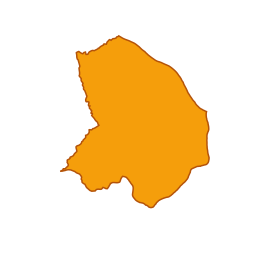 Xienghone, Xaignabouri, Laos (Mercator projection), rotated 125°
{"feature_id": "54806243B61496088664088", "entity_name": "Xienghone", "entity_type": "district", "adm_level": 2, "iso_a3": "LAO", "parent_name": "Laos", "parent_adm1": "Xaignabouri", "projection": "mercator", "projection_center": [100.862, 19.697], "detail": "fine", "context": "isolated", "style": "filled", "palette": "amber", "viewbox_px": 256, "rotation_deg": 125, "n_neighbors": 0, "source": "geoboundaries", "source_scale": "gbopen_adm2", "svg_char_len": 5740}
<svg xmlns="http://www.w3.org/2000/svg" viewBox="0 0 256 256"><g transform="rotate(125 128 128)"><path d="M57.8,188.4L58.6,188.5L59.7,189.4L60.6,189.5L61.2,189.4L62.4,190.3L63.5,191.6L65.3,192.1L65.9,192.2L66.0,193.6L67.0,194.1L68.5,194.2L69.7,194.4L71.7,193.8L72.8,195.7L73.2,196.0L73.6,196.0L74.1,195.7L76.2,196.8L77.3,197.3L79.2,197.5L79.6,198.1L80.5,198.1L84.0,200.0L84.7,201.4L85.2,201.9L86.5,202.7L88.1,203.4L90.2,203.3L90.7,203.2L91.6,204.3L91.8,204.6L90.7,205.9L90.2,206.4L91.4,207.4L93.1,207.6L93.5,209.0L93.6,210.9L93.5,212.2L95.0,213.2L96.0,213.5L97.6,211.9L99.4,210.5L100.2,209.6L100.7,208.9L100.7,208.1L103.3,204.9L104.9,203.0L105.7,202.6L107.0,202.5L108.5,201.2L110.2,199.6L111.9,198.4L113.3,197.9L114.4,194.6L115.7,193.9L116.5,192.7L116.7,191.8L117.1,190.8L117.5,190.3L118.2,190.3L119.0,189.9L119.8,188.2L120.1,187.7L121.2,187.1L121.8,186.5L122.1,185.0L123.2,183.3L123.9,182.2L124.9,181.0L125.3,180.1L125.6,179.9L126.4,179.6L127.6,179.4L129.1,178.9L130.1,178.1L130.4,177.3L130.1,176.6L129.5,176.0L129.3,175.4L129.3,174.8L130.0,174.4L131.9,173.6L132.4,172.9L131.9,171.8L132.5,171.8L133.1,171.6L134.0,170.8L134.2,169.0L134.6,168.6L134.8,168.2L134.8,167.5L136.3,167.1L137.0,166.9L137.1,166.5L136.5,165.8L136.6,165.5L137.0,165.1L138.6,164.9L139.5,161.2L140.5,158.8L140.7,156.7L141.1,155.8L142.0,154.8L142.4,153.4L143.5,153.7L146.4,154.9L148.0,155.7L148.6,156.4L150.3,156.7L150.8,157.3L151.3,158.4L151.8,158.8L153.0,157.9L153.8,157.3L155.8,157.2L157.0,157.5L158.3,158.5L159.9,157.3L160.5,157.2L163.5,157.8L164.5,157.5L165.8,158.0L167.2,157.5L168.5,157.6L170.3,158.3L171.8,159.5L173.1,159.8L174.0,159.2L175.2,157.8L176.3,156.6L176.8,156.5L179.8,157.1L181.9,156.9L182.5,157.1L183.5,157.6L184.8,158.5L185.2,158.6L186.0,158.4L186.2,158.1L186.8,158.2L188.9,159.3L189.3,159.3L189.9,158.7L191.0,158.2L192.1,156.1L192.7,155.6L193.4,155.4L194.6,155.6L195.8,155.9L196.9,156.0L197.4,156.1L198.5,157.6L198.9,157.6L199.5,157.3L200.0,157.5L200.8,157.8L202.3,158.7L202.0,158.2L201.7,157.9L201.3,157.5L201.0,157.1L200.6,156.7L200.1,156.3L199.4,155.6L198.6,154.9L197.7,154.3L196.7,153.3L196.3,152.8L196.0,152.3L195.2,150.9L195.0,150.0L194.7,148.8L194.4,147.5L194.2,146.6L194.2,145.5L194.3,144.6L193.5,141.2L194.0,139.5L194.8,137.8L196.7,137.0L197.3,135.7L198.6,134.7L198.9,134.2L199.0,132.3L198.8,131.0L199.7,129.4L200.5,127.8L201.0,123.4L200.6,121.5L198.4,118.8L196.5,118.6L195.3,117.5L194.1,115.5L193.2,114.6L191.0,114.4L190.6,113.0L190.3,111.2L189.5,110.1L188.6,110.1L187.5,110.1L185.4,110.3L184.1,110.4L183.5,110.6L183.2,110.2L182.5,110.0L181.4,109.2L180.7,108.2L180.1,107.2L179.6,106.3L178.8,105.2L177.9,104.3L177.0,103.8L176.2,103.9L174.9,104.3L173.7,104.7L171.8,104.8L171.1,104.7L170.7,104.7L169.9,103.0L169.5,101.7L169.4,100.8L169.8,99.2L170.2,97.5L170.6,96.9L171.0,95.5L171.4,94.6L171.9,93.1L172.4,91.5L172.8,90.7L173.7,89.7L174.8,88.9L175.8,88.3L177.1,87.6L178.9,86.7L179.5,86.4L180.3,85.9L181.0,85.1L181.4,84.3L181.7,83.8L182.1,82.3L182.6,80.7L182.7,79.8L182.7,78.3L182.5,77.0L182.3,75.6L181.8,74.7L181.5,73.9L181.1,73.1L180.8,71.7L180.8,70.6L180.9,70.0L181.0,69.2L180.8,69.0L180.7,68.7L180.6,68.1L180.5,67.2L180.6,66.7L180.8,65.7L180.6,64.9L180.4,64.2L179.9,63.4L179.5,63.0L179.2,62.7L178.8,62.4L178.4,62.1L178.0,62.0L177.2,61.9L176.5,61.9L175.9,61.9L175.2,61.9L174.3,61.7L174.0,61.6L173.9,61.7L173.7,61.7L173.2,61.8L172.6,61.8L171.9,61.6L171.2,61.4L170.0,61.3L169.3,60.9L168.3,60.5L166.4,59.4L165.8,59.0L164.7,58.3L164.4,58.0L163.8,57.6L163.3,57.2L162.6,56.6L161.7,55.7L161.0,55.1L160.0,54.7L159.3,54.4L158.5,54.1L157.1,53.8L156.7,53.6L155.7,53.5L155.1,53.4L154.5,53.2L153.9,53.0L153.4,52.9L152.8,52.7L152.4,52.7L151.7,52.6L151.3,52.5L150.9,52.3L150.5,52.2L150.3,52.2L150.1,52.1L149.8,52.1L148.9,52.1L148.2,52.0L146.7,51.8L146.1,51.9L145.5,51.8L145.1,51.8L144.1,51.5L143.6,51.4L143.0,51.3L142.4,51.2L141.7,51.1L141.1,50.9L140.3,50.7L139.5,50.5L138.7,50.4L138.1,50.4L137.7,50.3L137.2,50.3L136.5,50.3L136.1,50.2L135.8,50.2L135.3,50.2L134.7,50.3L134.1,50.4L133.5,50.5L133.2,50.7L132.8,50.8L131.8,51.0L130.7,51.2L129.7,51.4L128.5,51.6L127.8,52.0L127.3,52.2L126.7,52.4L126.2,52.5L125.8,52.5L125.1,52.4L124.9,52.3L124.1,51.9L123.6,51.6L123.1,51.3L122.4,50.9L121.3,50.2L120.4,49.7L120.0,49.4L119.7,49.2L119.3,48.6L118.8,48.1L118.1,47.3L117.6,46.6L116.9,46.3L115.8,45.3L114.8,44.5L114.0,43.8L113.6,43.4L112.9,42.9L112.3,42.7L111.2,42.5L110.1,42.6L109.5,42.7L108.8,43.0L107.9,43.4L106.8,43.9L106.3,44.3L105.9,44.5L105.6,44.8L105.0,45.5L104.6,46.0L104.1,46.6L103.2,47.7L102.1,48.8L101.5,49.3L101.0,49.7L99.8,50.9L99.2,51.5L98.8,51.9L98.5,52.0L98.2,52.3L97.9,52.5L97.2,53.1L96.5,53.7L95.7,54.2L95.0,54.7L94.3,55.2L93.8,55.6L92.8,56.4L92.3,56.7L91.6,57.1L90.9,57.5L90.5,57.9L89.7,58.5L89.2,58.8L88.4,59.3L87.5,59.7L86.6,59.9L85.5,60.3L84.6,60.4L83.9,60.6L83.3,60.8L82.9,61.0L81.9,61.7L80.8,62.6L80.2,63.2L79.7,63.7L78.8,64.7L77.9,65.5L77.2,66.5L76.8,67.1L76.7,67.3L76.2,67.9L75.9,68.3L74.9,69.2L74.6,69.7L74.1,70.1L73.2,70.9L72.8,71.2L72.4,71.5L72.1,71.7L71.3,72.3L70.8,72.5L70.2,72.8L69.5,73.1L69.6,73.5L69.8,74.2L69.9,75.2L70.2,76.6L70.3,78.1L70.5,79.5L70.5,81.1L70.2,82.5L69.9,84.6L69.4,86.4L68.5,88.2L68.2,89.7L67.8,91.3L67.2,92.7L66.3,95.2L65.6,96.8L64.6,99.3L63.5,101.0L62.3,103.1L61.2,105.3L60.2,107.3L58.9,109.1L58.2,111.1L57.2,112.8L56.4,114.7L55.9,116.5L55.0,118.8L54.6,120.2L54.2,122.2L53.9,124.5L53.7,127.1L53.7,129.9L54.1,132.0L54.6,134.3L54.9,135.9L55.3,138.3L55.9,140.5L56.0,140.6L56.6,142.7L56.8,144.5L56.8,149.0L56.7,151.5L56.6,153.3L56.3,155.2L56.1,156.8L55.8,158.0L55.8,160.0L55.7,161.9L55.5,163.1L55.1,165.4L55.0,167.4L54.9,169.3L54.9,171.2L55.3,173.6L55.6,175.0L55.8,176.6L56.2,178.2L56.6,179.7L57.1,181.6L57.5,183.8L57.6,185.4L57.7,186.7L57.8,187.7L57.8,188.4Z" fill="#f59e0b" stroke="#b45309" stroke-width="1.5"/></g></svg>